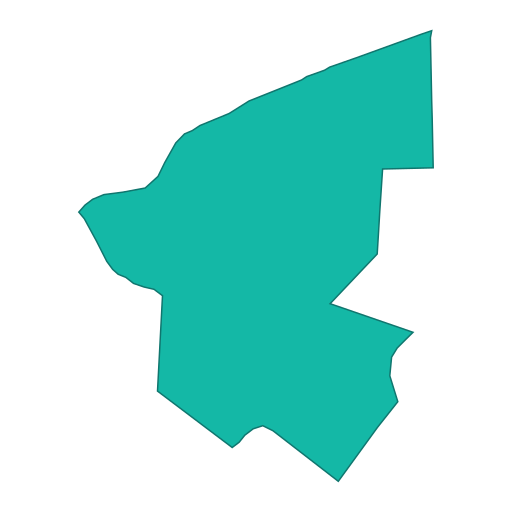 outline of Porto Rico, Paraná, Brazil
{"feature_id": "56859067B33862297180753", "entity_name": "Porto Rico", "entity_type": "district", "adm_level": 2, "iso_a3": "BRA", "parent_name": "Brazil", "parent_adm1": "Paraná", "projection": "mercator", "projection_center": [-53.319, -22.834], "detail": "fine", "context": "isolated", "style": "filled", "palette": "teal", "viewbox_px": 512, "rotation_deg": 0, "n_neighbors": 0, "source": "geoboundaries", "source_scale": "gbopen_adm2", "svg_char_len": 813}
<svg xmlns="http://www.w3.org/2000/svg" viewBox="0 0 512 512"><path d="M397.8,401.7L389.8,375.8L391.6,357.1L397.2,348.0L406.2,339.0L413.0,332.3L330.1,303.7L377.2,254.0L378.7,229.6L379.8,211.0L382.6,169.0L433.2,167.8L432.2,118.5L431.7,101.0L431.3,81.1L430.9,61.9L430.4,37.7L431.7,30.7L421.9,34.0L356.0,57.9L329.7,67.1L324.6,70.2L306.7,76.6L301.5,80.0L249.0,101.0L229.1,113.5L200.0,125.5L192.3,130.6L184.5,133.9L175.8,142.9L164.8,162.5L158.0,176.4L145.2,188.0L122.6,192.2L103.9,194.6L92.6,199.3L85.0,205.1L78.8,212.1L84.3,218.7L96.5,241.1L106.8,261.4L112.7,269.4L118.2,274.3L125.9,277.4L133.5,283.4L144.0,287.0L154.0,289.3L162.5,295.7L157.5,391.1L232.2,447.5L239.2,442.2L244.8,435.2L253.2,428.8L262.8,425.7L272.9,430.7L338.3,481.3L377.6,427.2L397.8,401.7Z" fill="#14b8a6" stroke="#0f766e" stroke-width="1.5"/></svg>